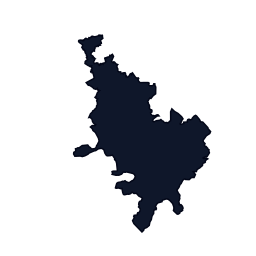 the district of Chiconquiaco, Veracruz, Mexico, rotated 228°
{"feature_id": "50627088B84819198582198", "entity_name": "Chiconquiaco", "entity_type": "district", "adm_level": 2, "iso_a3": "MEX", "parent_name": "Mexico", "parent_adm1": "Veracruz", "projection": "orthographic", "projection_center": [-96.756, 19.758], "detail": "fine", "context": "isolated", "style": "filled", "palette": "ink", "viewbox_px": 256, "rotation_deg": 228, "n_neighbors": 0, "source": "geoboundaries", "source_scale": "gbopen_adm2", "svg_char_len": 5856}
<svg xmlns="http://www.w3.org/2000/svg" viewBox="0 0 256 256"><g transform="rotate(228 128 128)"><path d="M74.8,187.6L82.4,187.5L84.0,186.1L86.5,186.8L91.0,187.0L92.2,186.7L92.6,185.0L92.3,182.4L91.8,181.5L92.0,180.6L92.4,179.6L93.2,179.6L94.0,178.8L94.2,178.0L93.7,176.9L92.7,176.2L95.1,173.2L93.9,172.7L95.2,169.6L96.1,169.4L96.5,169.9L96.5,171.0L97.5,172.6L98.0,175.0L100.5,175.4L105.4,174.9L109.0,173.7L112.9,173.4L111.5,170.5L105.4,165.1L104.9,164.4L105.2,163.4L104.9,161.6L105.3,160.7L106.1,160.6L107.0,159.3L108.0,158.6L109.6,158.7L110.0,158.3L112.3,158.1L112.5,156.8L114.5,153.9L115.0,151.9L115.9,151.0L116.8,151.1L117.8,152.8L117.4,157.7L116.3,159.1L117.8,159.1L118.6,157.9L119.0,155.9L120.1,155.5L120.4,154.5L123.0,154.2L124.2,154.9L123.9,156.4L125.0,157.5L125.7,157.7L126.0,157.1L127.9,157.0L128.8,157.3L129.1,158.1L130.6,159.1L133.0,159.6L133.4,160.1L134.1,160.0L134.6,160.6L135.7,164.1L134.6,164.8L135.2,168.4L134.9,171.4L139.6,175.8L140.7,176.4L141.2,176.2L142.9,177.5L143.6,176.8L142.8,175.8L143.3,174.1L144.9,172.4L146.6,172.3L147.2,173.7L148.3,173.4L153.7,167.3L155.8,167.2L157.3,167.9L157.7,169.1L158.5,169.1L159.0,168.0L160.6,167.5L165.8,168.2L165.4,166.7L166.2,167.3L166.7,166.0L165.9,163.3L165.9,161.6L167.1,161.5L167.4,160.8L168.1,161.0L168.1,161.6L168.5,161.4L169.7,162.4L171.1,162.8L172.1,161.4L171.5,160.6L172.6,160.5L173.1,159.2L174.6,160.1L175.8,158.8L177.1,158.5L178.8,160.0L180.7,160.5L181.9,161.8L182.0,162.8L183.6,162.0L186.0,162.1L186.7,161.7L186.3,160.6L188.3,160.4L189.0,161.1L190.9,165.2L193.2,165.7L193.4,164.5L192.9,164.0L194.2,163.1L193.3,161.8L194.3,160.5L194.2,159.8L194.7,159.5L194.8,158.5L195.5,158.0L195.4,157.4L194.8,157.0L194.3,157.4L193.2,156.2L192.1,155.9L191.9,154.1L192.8,153.0L192.1,152.1L193.2,151.8L193.2,150.4L193.7,150.6L193.7,149.6L194.1,149.9L194.0,148.9L194.6,149.3L194.9,148.5L196.4,149.0L196.8,148.2L197.3,148.4L198.4,146.1L200.0,146.5L200.6,147.2L200.6,148.0L201.5,149.3L201.4,149.9L202.9,149.5L203.1,149.0L203.1,149.5L203.6,149.1L203.4,149.7L204.8,150.0L207.3,149.4L208.8,151.4L208.5,152.0L208.5,153.9L207.6,154.5L208.9,155.7L209.1,156.6L210.1,157.4L210.0,158.8L209.3,159.4L209.6,160.5L208.6,160.8L209.1,161.5L208.2,162.7L208.6,162.7L209.0,163.8L208.7,164.8L209.7,165.5L210.4,165.4L211.4,166.3L211.8,167.2L211.5,167.9L211.6,169.5L213.0,169.7L213.3,170.6L214.2,170.9L214.6,169.7L215.5,168.9L215.6,169.4L216.5,168.6L216.5,167.1L218.0,164.3L220.2,162.8L220.5,161.9L219.9,161.7L220.2,160.5L221.3,159.4L220.4,158.6L221.2,157.5L222.9,156.7L223.1,155.5L222.8,154.7L223.6,153.1L222.9,153.1L223.1,152.7L224.8,152.0L225.9,150.4L225.9,149.8L225.5,149.3L224.3,149.0L220.3,150.0L219.2,148.9L218.9,147.7L215.9,147.1L215.8,147.8L213.6,147.5L213.6,147.1L212.3,146.5L211.0,146.5L209.3,145.4L208.5,145.6L208.0,145.3L208.1,144.2L206.0,143.9L206.1,140.8L204.7,139.2L200.7,140.3L199.8,141.0L199.4,140.8L198.8,141.7L198.8,141.4L198.4,141.6L197.9,141.3L197.0,141.6L196.1,140.8L195.7,139.3L195.2,139.1L194.8,139.4L194.8,138.7L194.3,138.4L194.8,138.0L194.5,137.8L193.8,138.7L193.1,138.3L192.8,139.0L188.6,136.9L187.6,135.8L189.7,127.3L186.3,127.1L186.0,127.7L184.4,128.3L181.6,129.0L180.2,128.9L178.6,129.8L178.2,131.2L178.0,130.8L177.8,131.2L177.2,131.0L177.2,131.3L176.6,131.1L176.1,131.7L175.3,130.7L174.8,131.4L174.7,128.8L172.9,125.3L172.9,124.0L170.5,124.3L169.9,124.8L169.2,122.9L167.7,122.4L165.7,120.8L165.5,119.5L164.2,118.1L164.2,115.6L163.8,115.1L164.3,113.3L163.7,112.0L163.7,109.7L162.0,105.9L161.1,107.3L160.8,107.0L158.5,107.1L156.6,106.0L155.3,105.7L153.6,105.7L152.1,106.3L151.7,105.2L153.8,103.0L153.9,100.7L151.5,101.0L149.6,100.3L146.5,100.8L140.4,99.3L137.6,97.8L136.5,94.9L135.8,94.0L136.1,93.2L134.9,91.3L134.8,90.3L135.1,89.2L136.8,86.9L138.8,86.9L139.9,86.5L142.3,86.7L145.6,82.2L146.0,78.4L147.0,77.2L147.0,76.4L147.7,75.1L146.2,74.1L145.8,72.8L146.2,71.5L145.1,70.2L142.6,69.6L139.1,73.8L137.4,74.9L136.2,77.3L135.3,80.7L135.4,82.3L133.7,87.4L132.8,88.9L132.4,91.9L130.9,94.4L129.9,95.1L127.9,95.5L124.7,94.0L122.0,93.6L121.0,94.2L119.3,96.4L118.3,98.3L114.1,97.7L113.5,96.9L111.6,97.0L109.3,95.9L103.6,91.7L103.4,90.9L105.9,88.0L106.3,87.0L104.5,86.0L104.2,85.2L101.0,87.4L99.0,89.7L98.0,92.4L98.4,95.0L96.9,96.4L96.4,97.5L91.0,101.2L89.1,101.7L86.8,100.8L85.8,98.0L85.7,96.3L86.2,95.4L86.5,92.7L87.0,91.9L89.3,90.7L90.8,90.5L91.4,88.7L92.1,88.3L92.7,86.5L94.2,84.2L94.4,82.6L91.9,78.6L91.2,78.8L89.8,80.8L87.6,82.1L87.2,83.1L83.4,80.8L81.6,80.2L80.6,80.9L79.3,83.3L78.2,84.3L77.5,85.9L77.5,88.1L75.4,88.6L73.8,90.5L70.1,90.5L67.0,91.7L66.2,91.6L65.0,89.2L65.6,87.6L65.4,86.5L64.6,85.4L63.8,84.6L62.7,84.4L62.3,83.0L59.8,83.1L58.4,81.5L57.8,79.7L58.5,78.6L58.2,77.7L57.3,77.2L57.3,76.6L59.0,74.1L58.3,72.9L57.1,72.8L56.1,69.4L53.0,68.4L41.4,68.8L41.5,71.2L42.1,71.8L42.3,73.3L41.5,75.3L41.4,78.6L43.5,81.4L44.3,84.0L46.3,86.6L47.1,88.8L47.2,89.7L49.6,92.1L49.2,93.2L49.6,93.6L49.4,94.5L48.7,94.4L48.8,94.9L49.6,95.5L51.4,95.9L52.2,98.4L52.4,100.0L50.5,103.9L51.3,105.3L49.6,109.3L49.0,109.4L48.5,110.1L45.8,110.6L42.0,110.6L38.6,109.2L36.8,107.6L36.5,106.7L35.8,106.5L31.1,106.9L30.4,107.7L30.1,109.4L30.9,110.6L30.3,112.2L30.3,113.6L31.2,114.1L31.6,115.3L33.5,116.1L35.5,116.1L36.2,115.0L36.6,114.7L37.3,115.0L37.3,115.5L39.4,116.5L40.9,119.3L41.8,119.8L43.3,121.6L46.1,121.9L49.1,122.8L49.8,126.1L51.3,129.2L51.1,130.1L52.5,133.7L52.4,135.7L51.7,136.4L51.3,136.3L48.7,138.9L48.7,142.1L47.0,144.0L48.3,147.0L51.9,147.2L49.9,149.6L50.9,151.6L50.3,155.0L50.5,156.2L50.2,156.8L50.4,158.4L51.3,159.3L51.6,160.4L50.9,161.8L50.9,162.6L51.7,163.2L52.0,164.9L51.7,166.6L53.1,166.1L54.5,163.8L55.5,163.7L55.2,165.7L53.9,167.8L55.1,171.9L57.1,172.8L57.5,173.6L58.6,173.3L59.9,173.7L61.3,173.4L61.5,173.7L62.1,173.6L62.1,173.1L63.5,173.1L64.2,173.4L64.8,174.8L67.2,174.7L68.6,175.5L69.8,181.0L69.2,185.1L70.1,187.0L73.8,187.0L74.8,187.6Z" fill="#0f172a" stroke="#020617" stroke-width="1.5"/></g></svg>